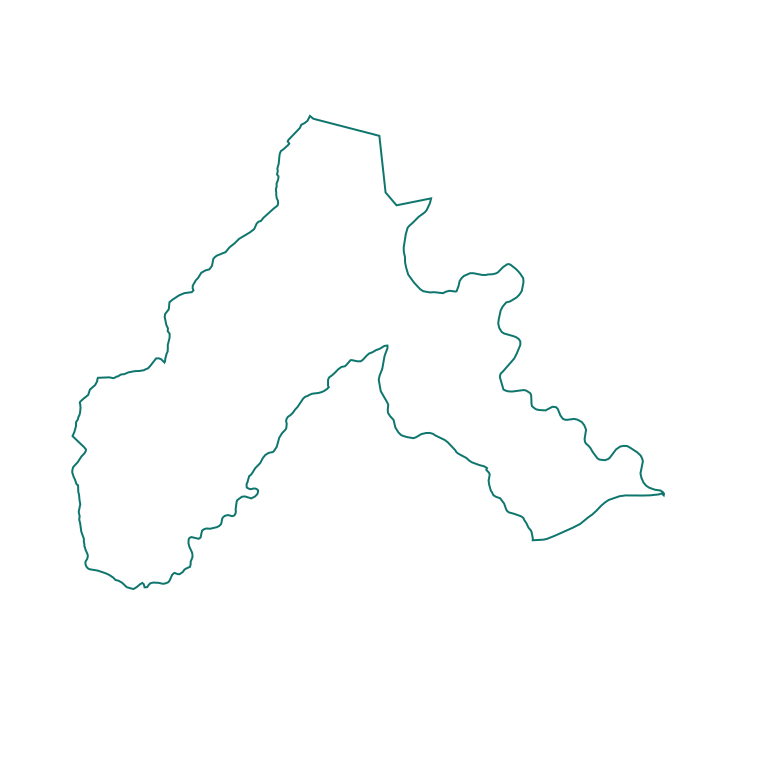 outline of Phuentsholing, Chhukha, Bhutan, rotated 191°
{"feature_id": "84629894B40040749916025", "entity_name": "Phuentsholing", "entity_type": "district", "adm_level": 2, "iso_a3": "BTN", "parent_name": "Bhutan", "parent_adm1": "Chhukha", "projection": "albers", "projection_center": [89.394, 26.918], "detail": "fine", "context": "isolated", "style": "outline", "palette": "teal", "viewbox_px": 768, "rotation_deg": 191, "n_neighbors": 0, "source": "geoboundaries", "source_scale": "gbopen_adm2", "svg_char_len": 6158}
<svg xmlns="http://www.w3.org/2000/svg" viewBox="0 0 768 768"><g transform="rotate(191 384 384)"><path d="M88.2,328.1L88.2,329.7L89.5,331.0L92.3,332.2L97.9,331.9L103.8,332.8L107.1,334.1L110.4,336.7L113.4,341.0L115.2,345.2L115.1,357.6L116.7,360.6L118.6,362.9L122.5,365.3L129.9,368.3L133.5,369.5L136.9,369.0L140.2,367.7L143.7,364.1L148.3,354.7L149.5,353.2L152.5,351.4L158.1,350.9L160.4,351.8L166.4,357.3L169.0,360.4L171.1,362.1L174.3,364.0L175.7,365.6L176.6,368.3L176.9,377.6L179.5,381.7L182.6,384.4L187.2,385.9L190.8,386.0L197.6,383.7L199.6,383.5L201.8,384.0L204.8,386.7L208.7,392.7L210.8,394.1L214.3,393.8L220.4,388.9L226.5,388.1L229.3,388.1L230.8,388.5L234.3,390.3L235.3,392.2L237.2,400.3L237.9,401.9L239.1,403.1L243.3,404.7L245.8,404.7L256.9,401.0L260.8,400.5L263.3,400.7L265.7,401.4L271.4,412.5L271.7,415.1L271.4,416.5L269.7,418.9L261.0,433.9L259.5,439.3L257.8,447.5L257.7,449.0L258.4,451.9L260.1,453.7L262.8,455.0L265.4,455.6L275.8,456.5L278.3,457.5L281.5,460.9L283.4,465.1L283.7,469.3L283.5,478.5L282.3,482.6L279.6,487.4L276.0,489.1L270.4,494.2L268.2,497.4L266.5,501.6L266.5,510.5L267.5,514.3L270.8,517.8L273.7,520.2L276.7,522.2L282.5,525.2L284.2,525.5L285.8,525.1L289.3,521.6L293.5,515.3L295.4,513.8L298.6,512.4L302.7,511.4L305.6,510.2L308.7,509.8L317.5,509.8L320.6,509.2L326.3,505.2L328.1,502.6L329.4,499.5L329.5,494.4L330.5,488.8L331.4,488.4L337.5,488.0L340.9,486.4L343.4,484.4L352.4,483.7L356.1,482.7L358.7,482.6L363.4,482.6L366.6,484.0L373.8,489.2L381.1,496.0L384.3,502.1L386.5,507.4L387.7,512.8L389.7,517.3L390.7,521.6L391.2,535.6L390.6,541.9L389.5,543.9L386.3,548.1L381.9,554.7L376.8,560.2L375.3,562.8L373.4,570.2L373.2,575.2L405.8,561.8L419.0,572.3L435.9,626.7L504.0,630.9L507.8,633.0L509.3,627.8L511.8,624.9L514.7,622.7L515.4,619.3L524.4,605.4L524.8,603.6L522.9,602.0L523.2,601.0L527.6,595.1L529.7,592.9L530.2,590.4L530.2,588.4L529.4,580.2L529.8,574.9L528.9,573.0L529.0,569.3L527.2,567.7L527.0,566.1L527.0,564.1L527.7,560.3L527.0,557.1L527.3,555.7L527.1,553.6L526.3,551.3L525.8,548.8L524.7,545.8L523.1,543.7L522.4,541.1L522.4,539.6L522.9,538.4L525.6,535.4L534.1,524.1L535.9,520.6L538.2,519.3L539.6,517.2L541.0,511.3L544.5,507.3L553.9,498.9L557.6,493.5L561.8,488.6L564.6,483.3L572.6,478.1L574.4,476.1L575.4,474.2L575.4,467.2L577.3,463.2L580.9,461.5L584.6,458.3L586.8,452.5L588.5,449.9L590.5,444.0L590.1,441.5L588.9,439.6L590.2,437.5L597.3,435.1L602.1,431.9L607.6,426.5L610.2,423.4L609.5,416.3L612.2,410.9L612.1,408.0L608.9,400.4L606.7,397.4L606.4,394.6L604.0,392.4L603.3,388.4L603.7,381.0L603.0,377.7L602.6,374.6L603.2,372.2L603.5,367.5L603.3,364.4L603.6,363.2L607.7,365.9L610.1,366.2L612.6,365.6L617.1,356.8L618.7,354.3L620.8,353.0L622.3,351.7L626.7,350.1L631.0,349.1L637.0,346.7L640.9,344.1L644.1,343.1L646.8,340.6L648.1,340.2L649.1,339.1L650.7,338.1L655.0,338.1L666.0,335.5L666.3,333.3L666.0,332.3L666.8,329.6L667.4,327.8L671.6,322.4L672.3,316.8L676.3,312.1L678.9,308.6L679.0,307.3L678.3,306.0L677.4,302.9L676.9,298.2L677.0,295.8L677.6,293.4L677.8,290.6L679.0,287.8L678.3,283.8L678.8,277.7L679.8,273.4L666.4,264.8L664.0,262.8L664.0,261.2L664.8,258.8L667.2,255.1L669.7,248.9L673.3,243.0L673.5,239.7L673.1,237.6L670.9,233.6L668.9,230.9L667.0,227.4L666.1,226.6L665.0,226.2L663.4,219.4L662.3,217.3L660.6,211.5L659.2,208.0L659.3,200.2L657.5,196.0L657.4,193.3L657.0,192.0L655.8,189.6L653.0,181.4L649.0,174.6L648.5,171.8L647.5,169.5L647.1,167.3L646.3,166.5L645.7,164.9L642.5,160.2L641.9,158.7L641.9,155.9L643.1,152.8L642.8,150.4L641.9,148.9L640.9,147.6L639.4,146.5L637.9,146.0L629.4,146.2L621.2,145.1L617.5,144.2L612.8,142.3L610.2,140.4L606.9,140.2L603.1,138.9L597.8,135.5L592.9,135.0L590.7,135.0L588.1,137.4L585.0,141.1L583.3,142.6L581.6,141.6L580.2,138.7L577.7,139.4L576.6,142.0L575.3,143.8L572.8,145.0L567.6,145.8L562.7,145.7L559.8,146.9L557.9,148.3L557.4,149.2L556.8,150.6L555.6,156.1L554.4,157.9L553.5,158.6L550.2,158.0L548.4,158.3L545.7,161.0L544.5,163.6L543.3,164.9L539.6,167.5L539.4,170.0L539.9,172.7L539.0,177.0L539.2,178.9L540.1,181.7L544.0,187.1L545.6,190.5L546.1,194.3L545.8,195.2L545.1,196.2L543.8,197.0L536.4,196.7L534.8,198.2L534.6,205.4L532.8,207.2L530.7,208.3L527.1,208.7L520.7,211.6L518.7,213.2L517.3,215.2L517.1,216.4L517.1,221.0L516.8,222.0L515.3,224.1L512.1,225.6L507.8,225.3L505.8,226.4L505.0,228.9L505.2,231.2L505.7,232.4L506.2,240.2L505.8,242.1L502.0,246.2L499.2,247.1L492.5,246.4L489.2,248.9L487.4,251.6L487.1,253.4L487.2,255.5L489.0,256.6L490.5,256.8L492.2,256.5L494.8,255.3L496.5,255.4L499.0,256.2L499.8,259.5L499.3,261.5L498.8,267.8L497.3,269.5L496.5,271.1L494.3,276.9L490.5,282.6L488.8,288.2L487.0,291.6L484.2,294.3L480.2,296.0L479.4,296.9L477.3,301.8L476.6,311.2L474.6,316.4L472.2,320.1L471.5,321.9L471.9,326.4L473.1,329.1L472.9,331.4L472.0,333.5L469.8,335.7L467.8,338.7L466.4,341.9L464.4,345.1L460.5,354.4L458.6,356.7L456.9,357.5L455.8,358.6L452.8,360.7L446.6,362.7L443.8,364.1L441.6,365.6L439.0,368.2L437.6,370.4L438.6,371.6L439.5,376.3L439.7,377.7L439.1,380.0L436.5,382.8L434.4,385.6L431.9,389.5L430.1,391.5L428.9,392.7L425.9,393.9L425.0,394.8L421.4,401.0L420.3,401.3L414.3,401.2L411.1,401.9L409.4,403.7L406.3,408.7L404.3,411.2L401.6,412.8L398.2,415.8L395.1,417.6L390.8,421.5L388.0,422.4L387.4,420.1L388.8,411.6L388.6,398.6L389.9,391.4L390.0,387.5L389.2,385.1L385.8,376.3L377.3,366.5L375.9,364.5L375.4,359.3L374.6,356.5L371.9,353.6L367.8,350.6L364.5,343.4L360.7,339.3L357.8,337.3L355.7,336.7L351.1,336.3L344.9,336.4L342.7,337.6L337.7,342.0L333.4,343.9L329.7,344.7L326.3,344.4L323.8,343.3L313.6,340.6L309.9,338.7L301.4,332.6L300.1,331.1L298.8,330.3L296.9,329.5L289.0,327.1L285.8,325.1L282.8,323.9L274.9,322.6L270.0,322.3L266.8,321.1L267.2,319.2L264.2,317.1L263.2,315.8L262.9,314.7L262.9,309.2L261.5,305.1L258.7,299.6L257.5,298.5L255.4,295.7L252.4,294.6L248.2,294.0L243.3,289.6L240.0,284.0L238.7,282.7L236.9,281.8L231.5,281.4L224.3,280.3L221.6,279.1L220.2,277.0L217.7,274.6L214.8,270.6L211.8,268.2L210.7,266.4L208.5,261.0L208.2,259.0L198.2,261.5L194.9,262.8L188.0,267.2L171.3,278.9L164.7,284.1L158.3,291.8L154.7,295.6L151.4,300.0L147.8,305.7L144.4,310.0L141.2,313.1L136.9,315.6L131.3,318.8L125.7,320.7L108.7,323.9L101.5,325.5L93.3,328.0L90.6,329.5L88.2,328.1Z" fill="none" stroke="#0f766e" stroke-width="2"/></g></svg>